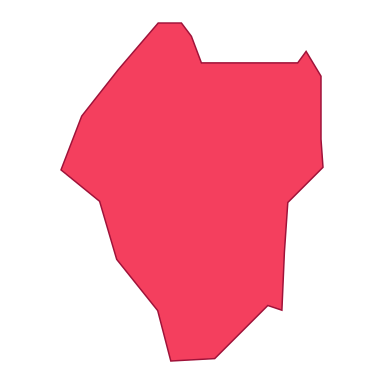 the district of Lomma, Skåne, Sweden
{"feature_id": "70781695B45241162189836", "entity_name": "Lomma", "entity_type": "district", "adm_level": 2, "iso_a3": "SWE", "parent_name": "Sweden", "parent_adm1": "Skåne", "projection": "mercator", "projection_center": [13.097, 55.727], "detail": "fine", "context": "isolated", "style": "filled", "palette": "rose", "viewbox_px": 384, "rotation_deg": 0, "n_neighbors": 0, "source": "geoboundaries", "source_scale": "gbopen_adm2", "svg_char_len": 407}
<svg xmlns="http://www.w3.org/2000/svg" viewBox="0 0 384 384"><path d="M61.0,169.9L99.6,201.3L116.7,259.4L157.7,310.6L170.8,361.0L214.7,358.6L244.6,328.7L267.8,305.5L281.9,310.2L284.4,252.3L287.8,202.5L323.0,167.3L321.0,139.3L321.0,76.2L306.1,51.4L297.7,62.9L237.9,62.9L201.4,62.9L191.4,36.3L181.4,23.0L158.2,23.0L118.3,69.6L81.7,116.1L61.0,169.9Z" fill="#f43f5e" stroke="#9f1239" stroke-width="1.5"/></svg>